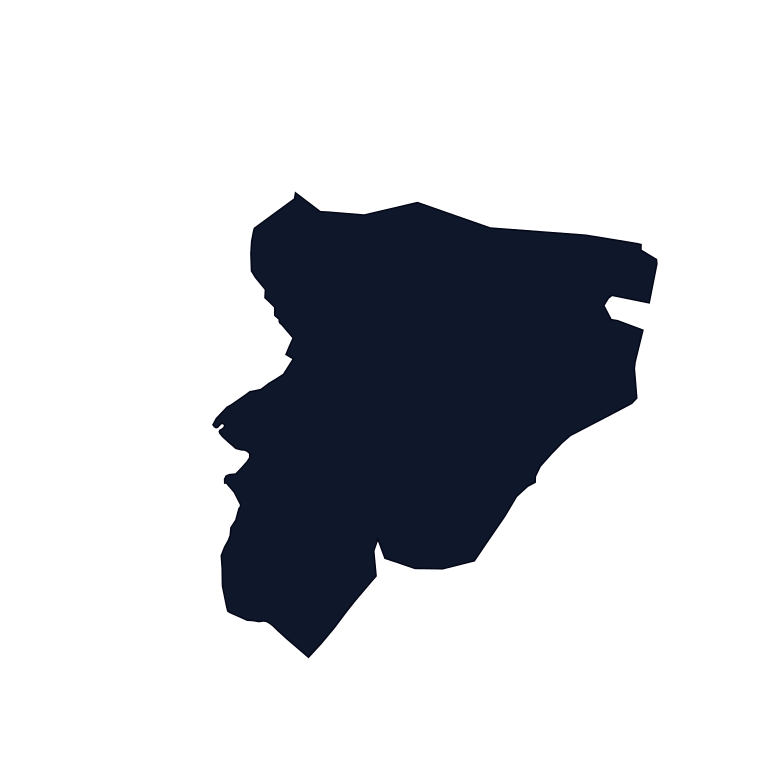 outline of Sennar, Sennar, Sudan, rotated 221°
{"feature_id": "16777658B61797456915649", "entity_name": "Sennar", "entity_type": "district", "adm_level": 2, "iso_a3": "SDN", "parent_name": "Sudan", "parent_adm1": "Sennar", "projection": "orthographic", "projection_center": [33.259, 13.557], "detail": "fine", "context": "isolated", "style": "filled", "palette": "ink", "viewbox_px": 768, "rotation_deg": 221, "n_neighbors": 0, "source": "geoboundaries", "source_scale": "gbopen_adm2", "svg_char_len": 2271}
<svg xmlns="http://www.w3.org/2000/svg" viewBox="0 0 768 768"><g transform="rotate(221 384 384)"><path d="M509.8,498.5L538.4,477.5L545.2,472.2L576.2,470.2L573.0,465.0L584.0,416.5L582.6,413.6L577.6,405.0L570.0,395.1L558.2,382.4L551.0,380.1L535.5,377.5L530.5,371.1L530.4,371.0L526.0,370.9L516.8,370.3L511.5,364.1L505.3,364.1L504.1,362.4L502.4,361.7L500.2,361.8L484.5,359.4L482.8,359.4L479.9,349.7L477.3,342.0L468.9,343.5L466.2,325.4L468.9,316.0L471.1,309.4L473.3,299.1L478.0,292.8L480.1,290.3L481.5,284.0L485.6,267.9L487.2,263.6L487.9,248.0L486.3,241.0L483.9,240.5L482.1,240.8L481.2,242.0L481.1,244.4L481.0,246.8L480.0,248.5L477.5,248.7L476.6,247.3L476.3,245.5L476.7,243.3L477.5,241.6L477.1,240.0L475.7,239.2L471.3,238.4L467.4,238.3L462.9,238.2L453.5,238.2L448.4,240.8L445.9,242.7L443.2,243.5L439.8,243.5L437.0,240.3L436.3,235.4L436.4,227.1L436.8,218.8L441.3,214.1L442.8,210.9L441.9,207.6L439.2,204.7L438.2,205.9L434.0,205.3L426.5,204.2L423.9,203.3L421.6,202.3L413.1,198.9L411.8,197.1L411.8,195.0L410.3,191.8L406.5,184.0L405.3,175.2L402.8,171.7L400.7,168.8L398.9,164.0L397.3,156.4L394.2,147.7L385.0,138.5L375.7,128.1L373.2,125.4L356.5,112.6L352.9,110.1L350.2,110.5L343.1,112.7L336.2,114.8L332.4,115.9L327.4,119.7L322.5,122.6L319.3,126.3L316.7,127.8L313.4,128.4L309.3,128.7L302.1,128.3L289.8,128.0L261.7,128.2L261.2,147.2L261.6,167.1L263.1,188.3L263.7,201.7L264.0,227.3L264.0,233.9L282.2,251.3L286.8,262.5L284.0,261.4L283.3,261.0L280.9,259.7L279.3,258.8L273.1,255.4L272.9,255.2L271.4,254.5L268.9,253.1L265.7,254.5L264.3,255.1L263.8,255.2L257.8,257.8L247.6,261.9L243.2,263.7L239.5,265.2L237.4,267.0L236.8,267.5L234.4,269.6L232.0,271.6L226.1,276.6L223.0,279.2L218.4,283.1L216.2,286.3L214.3,289.0L211.1,293.6L205.2,302.1L200.6,308.7L199.8,309.8L202.4,331.1L204.0,344.9L205.8,361.0L206.1,363.4L206.9,367.9L210.2,386.1L208.5,401.0L205.4,409.0L209.1,413.5L212.1,424.3L211.9,441.1L211.5,448.0L211.2,455.7L209.6,467.3L203.3,483.3L192.8,510.0L184.3,532.0L184.2,535.0L184.0,539.2L198.4,553.3L205.2,559.9L208.9,565.3L223.9,594.5L249.3,585.0L254.8,581.6L269.6,587.4L271.0,595.9L270.1,600.5L237.1,619.2L256.8,653.6L260.0,656.7L277.9,653.6L281.5,657.9L285.1,656.0L312.7,639.0L329.3,628.7L406.2,571.4L477.8,542.9L509.8,498.5Z" fill="#0f172a" stroke="#020617" stroke-width="1.5"/></g></svg>